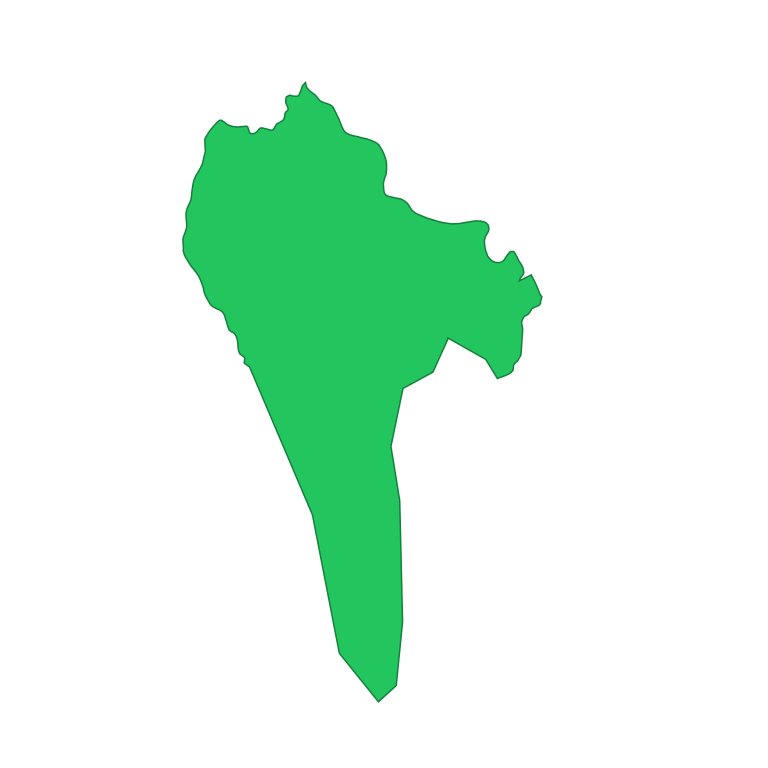 Bazile, Dennery, Saint Lucia, rotated 259°
{"feature_id": "8701671B50411660224690", "entity_name": "Bazile", "entity_type": "district", "adm_level": 2, "iso_a3": "LCA", "parent_name": "Saint Lucia", "parent_adm1": "Dennery", "projection": "mercator", "projection_center": [-60.918, 13.909], "detail": "fine", "context": "isolated", "style": "filled", "palette": "green", "viewbox_px": 768, "rotation_deg": 259, "n_neighbors": 0, "source": "geoboundaries", "source_scale": "gbopen_adm2", "svg_char_len": 6145}
<svg xmlns="http://www.w3.org/2000/svg" viewBox="0 0 768 768"><g transform="rotate(259 384 384)"><path d="M269.1,288.8L128.2,288.8L73.1,317.9L85.7,338.5L147.2,356.9L266.7,377.2L321.4,378.9L376.0,401.8L386.3,434.3L416.2,455.5L417.5,454.9L388.8,488.5L367.7,496.4L368.3,499.4L368.4,500.8L369.0,503.7L369.1,504.8L370.1,508.7L370.8,510.3L371.3,511.3L372.0,512.2L373.1,513.4L373.6,513.6L373.9,513.6L374.3,513.8L375.1,513.9L376.5,514.4L377.7,514.8L378.3,515.2L379.2,516.4L380.7,518.7L381.4,519.8L381.7,520.1L382.6,520.8L384.2,522.1L384.7,522.6L385.0,522.8L385.1,523.0L385.5,523.2L385.8,523.5L387.0,524.2L387.3,524.2L389.6,524.8L390.1,525.0L395.7,526.5L396.1,526.6L398.9,527.4L400.5,527.7L403.7,528.6L404.9,528.8L409.9,530.3L410.4,530.3L410.8,530.4L411.2,530.4L411.7,530.6L412.3,530.6L412.8,530.7L413.4,530.6L415.2,530.7L417.1,530.7L417.7,530.7L418.7,531.0L419.0,531.2L420.5,532.1L421.9,533.1L422.5,533.5L423.1,534.2L423.5,534.7L423.8,535.5L424.9,538.6L425.1,539.0L425.3,539.3L425.8,540.0L426.6,540.8L427.0,541.0L428.2,542.2L429.3,543.2L429.7,543.7L429.7,544.0L430.6,546.2L431.3,550.3L431.9,551.7L433.5,553.2L435.1,553.3L437.8,554.9L439.9,555.7L440.7,554.9L442.4,554.3L444.3,553.9L448.2,553.2L456.0,551.4L463.0,549.3L459.4,536.5L462.1,538.1L463.5,540.0L465.4,541.8L467.1,542.6L472.2,542.5L477.0,540.9L478.5,540.1L483.1,538.9L487.1,537.6L489.3,536.6L489.6,535.4L489.8,533.4L489.3,532.4L487.1,529.7L484.6,527.2L483.1,525.9L481.5,523.4L481.1,520.8L481.4,519.0L482.4,516.0L484.3,513.5L487.2,511.4L489.8,510.2L495.1,509.3L498.3,509.2L502.1,509.4L505.1,509.8L508.9,511.4L511.0,513.1L513.6,515.4L516.3,516.7L519.9,516.7L522.8,514.9L523.8,513.6L525.4,510.2L526.7,504.6L527.2,487.7L528.3,480.8L531.2,472.6L533.1,468.3L537.4,460.4L539.4,456.6L540.2,455.6L543.4,450.7L545.6,447.7L549.1,444.6L556.6,441.6L559.5,439.3L562.2,436.2L565.3,428.7L567.3,424.4L568.7,422.2L570.6,421.1L573.1,420.7L576.3,421.0L581.2,421.7L585.9,423.8L589.3,426.0L594.6,427.6L600.1,428.6L604.7,428.6L610.2,427.7L613.5,426.9L619.8,424.6L622.5,422.1L625.3,418.3L627.9,413.9L630.0,408.9L631.5,406.0L633.6,401.1L635.1,398.2L636.7,396.0L638.2,394.2L640.8,392.8L645.0,391.7L653.6,390.1L661.2,388.0L664.9,386.9L667.0,385.9L668.6,383.9L669.5,382.6L670.4,381.1L671.2,379.3L673.1,376.6L674.7,374.9L678.0,373.2L680.3,372.0L685.1,367.7L686.7,366.5L690.1,364.6L694.9,364.4L692.8,361.5L692.2,360.7L690.2,359.7L688.0,358.4L683.6,355.5L683.1,354.5L683.3,352.4L684.0,349.6L685.5,346.6L684.5,343.0L682.2,342.0L681.9,341.9L680.7,341.5L680.1,341.5L679.8,341.4L679.5,341.4L678.9,341.3L678.0,341.4L677.0,341.6L675.2,342.1L674.5,342.2L674.2,342.2L673.8,342.3L672.2,342.3L672.0,342.2L671.7,342.2L671.2,342.0L670.7,341.3L670.0,339.9L669.7,339.4L669.1,339.0L668.5,338.5L667.6,338.0L667.1,337.9L665.0,337.3L664.4,337.0L663.3,336.2L662.2,335.2L661.4,333.5L660.4,330.8L660.1,329.3L659.3,327.8L658.0,326.6L657.7,326.4L657.5,326.2L657.0,325.9L655.7,324.7L655.0,323.9L654.6,323.2L654.4,322.8L654.4,322.6L654.9,321.2L657.7,315.3L658.3,313.9L658.9,312.0L658.8,311.6L658.6,311.1L658.2,310.2L657.5,309.3L656.8,308.6L656.0,307.5L655.7,307.1L655.1,305.6L654.7,304.3L654.7,302.9L654.8,302.7L654.9,301.9L655.1,301.3L655.6,300.7L656.2,300.4L656.5,300.3L657.8,299.8L658.2,299.8L658.6,299.7L659.6,299.6L660.0,299.5L661.4,299.4L661.9,299.2L662.3,299.2L662.8,298.9L663.2,298.4L663.4,297.7L663.5,297.2L663.5,296.9L663.5,296.0L663.6,295.5L663.6,294.8L663.7,294.5L663.9,292.5L664.0,292.1L663.9,291.2L664.0,290.9L664.0,290.6L664.1,289.8L664.6,287.8L665.3,285.5L666.2,283.6L666.5,283.2L667.1,282.0L668.1,280.4L669.2,279.2L671.6,277.2L672.2,276.5L673.8,274.8L674.1,274.2L674.2,273.8L674.2,273.3L673.9,272.3L673.2,270.9L672.6,269.9L670.2,266.8L670.0,266.5L669.5,266.0L667.8,263.6L666.4,262.0L665.1,260.6L664.1,259.6L662.4,258.1L662.0,257.7L661.4,257.3L661.2,256.9L660.3,256.1L659.5,255.5L658.9,255.1L657.8,254.7L654.8,254.2L654.6,254.2L653.1,253.9L652.4,253.9L650.4,253.5L649.7,253.5L648.9,253.4L648.2,253.2L647.5,253.2L647.1,253.1L646.1,252.9L645.2,252.5L643.9,251.9L641.5,250.7L638.5,249.4L638.2,249.2L637.7,249.0L637.1,248.7L636.6,248.6L636.2,248.4L635.6,248.1L633.9,247.2L631.8,245.6L631.0,245.0L630.8,244.8L626.9,241.5L624.7,239.3L621.5,237.1L620.7,236.5L618.2,235.3L615.9,234.4L612.8,233.3L611.9,232.9L611.1,232.7L608.8,231.9L604.8,230.8L601.7,229.6L601.2,229.3L600.3,228.7L599.9,228.6L597.0,226.4L594.0,224.3L593.4,224.1L592.8,223.6L591.6,223.1L590.1,222.5L589.5,222.3L588.2,222.0L586.0,221.6L584.2,221.5L583.6,221.3L583.3,221.3L580.4,221.0L580.2,221.0L579.6,220.9L579.4,220.9L578.7,220.8L576.7,220.6L575.9,220.3L574.5,219.7L572.4,218.6L571.4,218.0L569.6,217.0L567.7,215.8L566.5,215.1L564.8,214.4L564.0,214.1L563.5,214.1L561.9,213.9L561.0,213.7L559.6,213.5L559.3,213.4L558.3,213.4L556.7,213.2L554.5,212.7L553.3,212.3L552.4,212.3L551.7,212.5L550.5,212.5L549.0,212.7L545.6,213.6L544.0,214.3L542.6,214.7L538.2,216.4L536.2,217.3L531.9,219.6L529.7,220.7L528.3,221.4L526.9,221.9L526.6,222.1L524.7,222.8L521.5,223.6L520.2,223.8L519.6,224.0L519.0,224.1L518.6,224.2L518.0,224.3L517.1,224.4L514.7,224.7L514.0,224.8L513.3,224.9L507.8,225.0L507.4,225.1L506.8,225.2L506.3,225.3L504.6,225.6L502.6,226.2L495.8,228.5L494.6,229.1L494.2,229.3L492.6,230.7L491.8,231.6L490.1,233.7L489.8,234.2L489.3,234.9L489.0,235.3L488.8,235.7L487.7,237.1L486.8,238.0L486.2,238.6L485.7,238.9L485.5,239.1L485.0,239.4L484.4,239.8L483.9,239.9L482.5,240.3L481.9,240.5L481.2,240.6L480.5,240.7L479.9,240.7L479.6,240.8L478.6,240.8L478.1,240.9L477.5,241.0L476.2,241.2L473.5,241.3L472.9,241.4L472.3,241.5L471.9,241.5L471.0,241.6L469.5,241.8L468.5,241.9L468.2,242.0L467.7,242.0L467.3,242.2L466.6,242.3L466.0,242.6L465.5,243.1L464.7,243.9L464.4,244.1L463.4,245.6L463.0,245.9L462.6,246.4L462.3,246.6L461.8,247.0L460.6,247.5L458.5,248.1L457.2,248.3L456.5,248.4L453.3,248.4L452.8,248.3L450.9,248.2L450.1,248.0L449.6,248.0L449.3,247.9L448.1,247.8L446.9,247.7L446.6,247.6L445.7,247.6L445.1,247.6L443.3,247.7L442.8,247.9L442.1,248.0L441.4,248.3L441.0,248.4L439.0,250.1L438.3,250.9L436.9,251.8L436.2,252.1L435.8,252.2L435.1,252.1L432.7,251.2L432.4,251.1L431.8,250.9L431.6,250.8L431.3,250.9L430.8,251.1L426.3,255.3L269.1,288.8Z" fill="#22c55e" stroke="#15803d" stroke-width="1.5"/></g></svg>